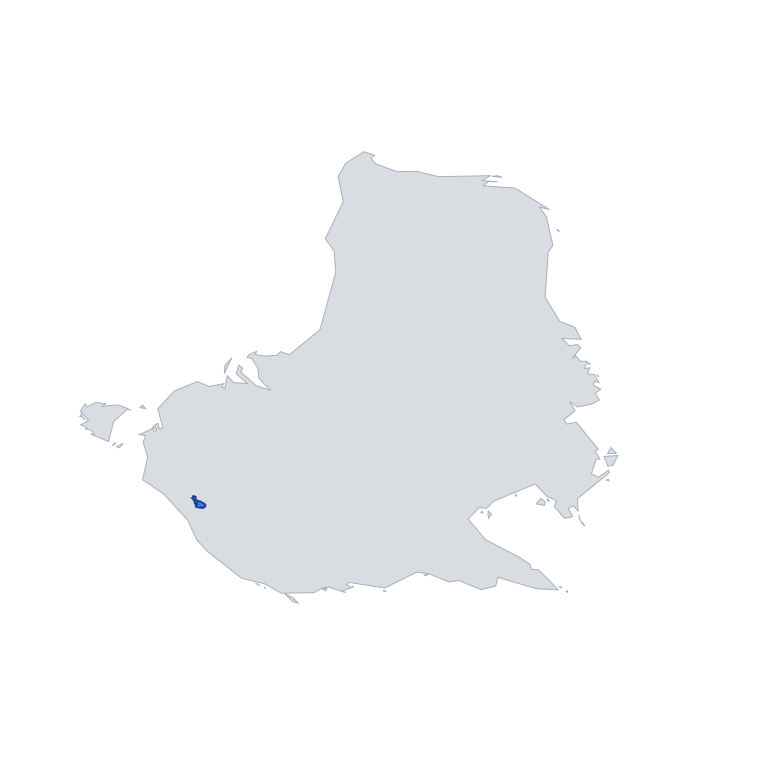 Bathurst, New South Wales, Australia (highlighted), rotated 117°
{"feature_id": "25037944B26387144583263", "entity_name": "Bathurst", "entity_type": "district", "adm_level": 2, "iso_a3": "AUS", "parent_name": "Australia", "parent_adm1": "New South Wales", "projection": "equal_earth", "projection_center": [149.529, -33.473], "detail": "fine", "context": "in_parent", "style": "filled", "palette": "blue", "viewbox_px": 768, "rotation_deg": 117, "n_neighbors": 0, "source": "geoboundaries", "source_scale": "gbopen_adm2", "svg_char_len": 6867}
<svg xmlns="http://www.w3.org/2000/svg" viewBox="0 0 768 768"><g transform="rotate(117 384 384)"><path d="M497.3,155.6L504.6,194.7L513.3,192.8L523.2,204.3L525.1,228.1L531.0,236.3L532.6,258.2L536.9,269.5L565.3,290.6L576.6,324.9L579.8,326.6L580.3,320.5L586.5,326.7L587.4,323.7L590.0,341.0L593.6,346.1L601.6,351.5L617.0,380.4L616.2,399.6L621.7,422.5L613.5,464.8L607.9,480.0L594.4,497.2L581.9,530.7L578.9,555.6L556.3,561.5L545.2,572.1L538.2,573.0L540.2,579.0L529.1,570.2L530.7,568.2L529.9,566.0L527.9,565.9L524.3,569.7L521.6,567.4L525.9,563.8L523.4,561.0L508.8,574.3L485.4,567.7L466.6,551.4L465.5,538.6L456.5,527.0L460.1,527.4L459.9,523.9L447.8,527.4L451.0,518.7L445.7,506.0L441.9,520.5L432.9,521.9L434.2,517.1L438.4,517.1L443.5,497.1L441.2,482.1L435.7,497.9L426.9,503.9L421.4,513.3L422.5,518.1L418.9,517.4L412.7,512.2L416.3,512.1L413.2,502.8L407.0,492.3L402.2,490.9L400.9,481.6L364.7,465.7L306.1,477.8L288.2,488.7L281.2,502.2L240.1,503.1L219.7,519.2L204.5,518.2L186.1,507.3L184.4,496.2L188.8,498.0L191.6,491.3L188.9,468.7L179.7,451.4L174.6,429.7L150.1,383.8L158.3,388.8L152.3,374.7L156.3,383.0L162.3,385.5L150.0,356.4L153.5,316.0L155.7,325.5L161.5,315.0L183.8,296.4L192.2,297.5L233.8,279.6L248.5,255.6L246.7,239.9L254.7,228.6L262.6,246.1L265.9,236.4L261.0,229.4L262.2,225.1L276.3,228.0L271.8,226.3L274.5,219.4L271.7,213.3L279.2,212.4L276.3,207.9L282.5,207.2L280.1,200.6L285.2,193.2L285.8,197.6L290.1,197.0L290.2,188.6L296.6,191.6L300.4,184.8L307.3,189.5L316.6,201.2L315.4,210.6L321.2,201.6L334.2,207.5L336.6,202.5L330.7,195.4L344.9,163.4L347.9,165.5L352.8,157.5L354.7,160.9L370.1,158.4L369.5,150.6L359.0,144.9L360.7,142.9L398.3,159.5L409.1,153.5L406.5,159.8L411.2,163.2L416.6,155.6L421.7,162.1L416.0,176.4L409.6,177.6L410.1,187.9L404.4,204.0L438.7,233.1L448.0,236.0L451.0,243.0L466.2,247.8L476.7,222.6L476.9,185.7L478.4,171.8L482.2,168.4L479.3,162.1L488.3,135.2L497.3,155.6ZM522.3,600.9L539.8,607.8L560.3,603.5L561.8,622.7L560.3,619.2L558.3,623.3L558.0,635.8L550.6,630.7L546.3,642.1L537.4,641.2L539.1,638.0L531.3,632.6L528.0,622.9L531.5,624.6L523.1,611.0L522.3,600.9ZM341.5,143.1L352.2,143.1L355.6,147.1L348.7,155.1L341.5,143.1ZM429.6,531.5L447.3,531.0L439.9,534.2L429.6,531.5ZM419.3,185.8L421.6,193.8L414.8,192.4L415.8,186.8L419.3,185.8ZM616.0,377.0L615.6,368.3L618.3,361.0L619.3,366.3L616.0,377.0ZM555.3,589.4L561.1,591.1L561.3,593.8L555.3,589.4ZM340.4,145.5L344.4,153.3L337.6,152.9L340.4,145.5ZM515.8,590.6L512.5,589.9L514.1,585.3L515.8,590.6ZM456.1,229.8L452.9,232.2L449.7,233.5L451.2,229.1L456.1,229.8ZM149.9,381.8L146.9,377.5L146.3,373.6L146.7,373.4L149.9,381.8ZM560.0,596.4L562.3,598.2L558.0,596.7L560.0,596.4ZM592.2,342.1L594.7,342.1L594.6,346.0L592.2,342.1ZM533.4,257.9L536.3,260.3L535.8,261.6L533.4,257.9ZM550.6,637.5L550.9,640.6L548.7,639.6L550.6,637.5ZM619.9,402.8L620.0,407.6L619.7,407.5L619.9,402.8ZM368.8,142.7L367.0,140.6L368.1,139.5L368.8,142.7ZM418.8,143.2L416.3,147.2L419.3,140.2L418.8,143.2ZM620.3,397.1L619.1,398.7L619.9,397.0L620.3,397.1ZM424.1,216.0L422.7,216.8L423.4,214.9L424.1,216.0ZM413.9,185.6L412.1,186.0L413.2,183.5L413.9,185.6ZM168.6,296.6L168.3,299.8L167.5,299.5L168.6,296.6ZM485.2,133.3L485.1,136.1L484.4,134.1L485.2,133.3ZM527.9,567.1L528.4,568.5L527.8,568.1L527.9,567.1ZM415.6,148.3L412.2,151.1L415.7,147.6L415.6,148.3ZM280.2,196.7L279.0,198.6L279.7,196.4L280.2,196.7ZM551.7,635.3L550.7,635.9L551.3,634.7L551.7,635.3ZM454.8,239.2L452.8,239.1L453.8,237.5L454.8,239.2ZM273.6,211.0L272.7,212.1L272.5,209.6L273.6,211.0ZM559.9,628.8L558.5,629.6L558.9,627.9L559.9,628.8ZM486.3,125.9L486.1,127.7L485.1,126.8L486.3,125.9ZM527.1,569.1L528.6,570.5L526.1,570.1L527.1,569.1ZM568.7,290.4L567.5,290.5L568.0,288.4L568.7,290.4ZM579.2,320.2L578.5,320.2L579.0,318.6L579.2,320.2ZM523.0,598.5L522.6,599.7L522.2,598.2L523.0,598.5Z" fill="#d9dde1" stroke="#a8b0b8" stroke-width="1"/><path d="M573.0,503.4L573.1,502.9L573.1,502.4L573.0,502.5L573.0,502.4L573.2,501.7L573.2,501.3L573.5,501.4L573.4,501.3L573.4,501.2L573.5,501.0L573.8,501.1L574.0,501.1L573.9,500.7L574.0,500.4L574.0,500.2L574.2,499.7L574.3,499.7L574.5,499.6L574.8,499.7L575.0,499.6L574.9,499.4L575.0,499.4L574.9,499.4L575.0,499.3L575.0,499.2L575.4,499.1L575.5,499.0L575.4,499.0L575.5,498.8L575.4,498.7L575.6,498.5L575.8,498.5L576.0,498.6L575.9,498.7L576.2,498.7L576.3,498.6L576.3,498.4L576.3,498.2L576.5,498.1L576.6,497.9L576.6,497.7L576.3,497.6L576.2,497.5L576.0,497.4L576.0,497.5L576.0,497.4L576.0,497.2L575.9,497.2L575.9,496.9L575.8,497.0L575.7,496.8L575.8,496.8L575.7,496.8L575.4,496.8L575.5,496.7L575.4,496.4L575.5,496.3L575.5,496.2L575.6,495.8L575.8,495.8L576.0,495.8L576.0,495.7L576.1,495.8L576.4,496.0L576.5,496.2L576.5,496.3L576.8,496.4L576.8,496.5L577.0,496.6L577.1,496.4L577.3,496.3L577.4,496.5L577.5,496.7L577.8,496.5L577.9,496.3L578.0,496.4L578.2,496.2L578.3,496.2L578.6,496.1L578.8,496.1L578.8,495.8L578.9,495.6L578.9,495.1L578.7,495.0L578.7,494.8L578.7,494.6L578.8,494.5L578.8,494.4L578.8,494.2L578.7,494.1L578.5,493.9L578.5,493.7L578.4,493.6L578.1,493.5L578.1,493.4L577.9,493.3L577.8,492.9L578.0,492.3L577.6,492.2L577.8,492.2L577.9,491.8L577.7,491.8L577.6,491.5L577.3,491.6L577.2,491.5L577.2,491.4L577.3,491.1L577.0,491.1L577.1,490.9L577.2,490.5L577.1,490.4L577.2,490.2L577.2,489.9L577.0,490.0L576.9,490.0L576.8,489.9L576.7,489.9L576.4,489.6L576.2,489.6L575.9,489.5L575.9,489.3L576.0,489.2L575.9,489.1L575.7,489.0L575.9,488.9L575.8,488.7L575.8,488.8L575.7,488.7L575.8,488.6L575.7,488.6L575.8,488.5L575.8,488.4L575.5,488.2L575.5,488.4L575.1,488.3L574.9,488.2L574.7,488.1L574.4,488.1L574.2,488.1L574.0,487.8L573.9,487.9L573.7,487.8L573.7,487.7L573.7,487.8L573.3,488.2L573.2,488.1L573.0,488.4L572.8,488.3L572.8,488.6L572.7,488.6L572.6,488.9L572.5,489.0L572.4,489.2L572.4,489.3L572.2,489.3L572.1,489.5L572.1,489.9L572.1,490.1L572.1,490.6L572.5,490.7L572.4,491.2L572.5,491.2L572.4,491.8L572.4,492.0L572.0,492.0L572.1,492.4L572.0,492.5L572.2,492.8L572.2,493.1L572.3,493.1L572.3,493.4L572.0,493.7L572.0,494.6L571.9,494.6L571.9,494.9L572.4,494.9L572.4,495.1L572.6,495.2L572.6,495.5L572.5,496.0L572.6,495.9L572.6,496.3L572.7,496.5L573.1,496.5L573.3,496.6L573.2,497.2L573.1,497.5L573.1,498.0L573.0,498.7L573.0,498.8L572.7,498.9L572.5,499.1L572.4,499.3L572.3,499.6L572.1,499.6L572.1,499.3L571.9,499.5L571.7,499.5L571.4,499.5L571.3,499.8L571.2,499.9L571.0,500.3L570.8,500.5L570.7,500.4L570.6,500.5L570.6,500.8L570.6,501.0L570.4,501.1L570.5,501.1L570.6,501.3L570.4,501.3L570.4,501.2L570.4,501.3L570.3,501.2L570.2,501.2L570.2,501.3L570.1,501.2L570.1,501.3L570.0,501.5L569.9,501.4L569.9,501.5L570.0,501.9L570.0,502.0L570.3,502.3L570.3,502.5L570.1,502.6L570.2,502.8L570.4,503.0L570.5,503.1L570.8,503.2L571.0,502.9L571.0,503.0L571.1,502.9L571.1,503.0L571.3,503.0L571.4,502.9L571.5,502.9L571.7,502.7L571.8,502.7L572.0,502.7L572.1,502.8L572.1,502.7L572.2,502.8L572.3,502.7L572.5,502.8L572.5,503.0L572.8,503.2L572.9,503.3L573.0,503.4Z" fill="#3b82f6" stroke="#1e3a8a" stroke-width="1.5"/></g></svg>